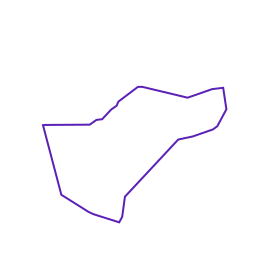 the district of Dowletli, Chardzhou, Turkmenistan, rotated 223°
{"feature_id": "10190150B29958547271775", "entity_name": "Dowletli", "entity_type": "district", "adm_level": 2, "iso_a3": "TKM", "parent_name": "Turkmenistan", "parent_adm1": "Chardzhou", "projection": "robinson", "projection_center": [63.503, 39.056], "detail": "fine", "context": "isolated", "style": "outline", "palette": "violet", "viewbox_px": 256, "rotation_deg": 223, "n_neighbors": 0, "source": "geoboundaries", "source_scale": "gbopen_adm2", "svg_char_len": 490}
<svg xmlns="http://www.w3.org/2000/svg" viewBox="0 0 256 256"><g transform="rotate(223 128 128)"><path d="M131.2,33.7L99.7,39.7L94.5,41.4L70.1,53.0L71.7,59.1L83.4,75.7L83.4,125.0L83.4,146.5L83.4,149.8L83.4,153.8L75.0,165.8L64.9,184.9L63.9,190.3L68.8,208.8L85.8,222.3L93.0,213.8L105.1,190.8L145.5,167.9L148.8,164.8L152.9,141.5L152.9,140.3L151.5,136.5L152.9,130.0L152.9,116.8L156.6,112.4L158.3,104.3L190.6,73.8L192.1,72.1L131.2,33.7Z" fill="none" stroke="#5b21b6" stroke-width="2"/></g></svg>